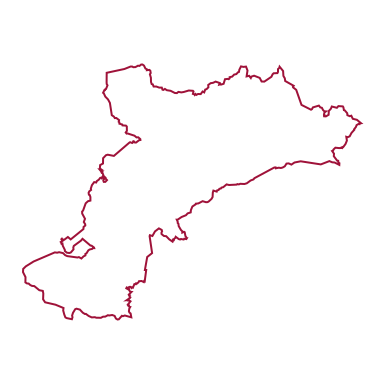 the district of Quimixtlán, Puebla, Mexico
{"feature_id": "50627088B34935710320898", "entity_name": "Quimixtlán", "entity_type": "district", "adm_level": 2, "iso_a3": "MEX", "parent_name": "Mexico", "parent_adm1": "Puebla", "projection": "orthographic", "projection_center": [-97.112, 19.243], "detail": "fine", "context": "isolated", "style": "outline", "palette": "rose", "viewbox_px": 384, "rotation_deg": 0, "n_neighbors": 0, "source": "geoboundaries", "source_scale": "gbopen_adm2", "svg_char_len": 5897}
<svg xmlns="http://www.w3.org/2000/svg" viewBox="0 0 384 384"><path d="M361.0,123.2L356.9,119.8L352.8,118.8L351.3,115.7L349.8,116.2L347.4,115.2L347.2,113.2L344.7,110.3L343.9,110.1L343.4,107.3L342.8,106.4L338.4,106.1L336.9,107.8L331.8,106.5L330.9,108.7L328.8,111.0L328.6,114.8L325.9,116.4L324.1,116.3L324.0,115.5L324.5,115.0L324.0,114.4L324.4,112.6L325.9,111.4L324.3,111.3L323.0,110.0L321.9,107.8L320.3,107.4L318.9,105.6L312.9,107.4L312.0,109.1L311.0,109.7L301.5,104.9L296.2,89.8L293.1,87.4L292.9,86.8L293.7,85.8L285.2,81.0L284.8,78.3L283.4,75.9L283.1,71.0L279.6,66.7L279.3,67.9L278.0,69.1L278.0,71.9L277.4,73.1L273.6,73.3L272.6,74.3L271.4,76.8L264.3,81.6L261.6,81.5L259.7,77.9L254.1,75.7L251.4,76.6L250.8,78.0L249.1,75.8L246.6,76.4L247.5,70.5L246.0,66.6L243.4,66.9L241.0,66.4L239.3,69.8L239.0,71.9L238.1,72.2L236.3,74.1L234.1,74.6L232.2,76.6L229.6,77.2L229.6,78.4L228.7,79.2L227.7,78.9L225.0,79.2L223.6,83.8L221.0,84.6L220.6,84.1L219.2,84.6L219.7,83.0L215.6,81.6L213.1,82.8L210.6,83.2L208.2,85.0L208.4,87.3L206.6,89.1L205.2,89.6L204.2,92.4L202.6,91.5L200.7,94.1L198.0,94.0L196.3,94.9L195.5,94.0L194.7,94.9L194.4,94.3L192.9,93.9L193.5,91.4L192.9,90.8L188.8,90.5L183.7,92.0L181.4,92.4L178.4,91.9L176.9,93.1L174.9,93.0L170.6,90.8L166.8,90.2L164.9,88.9L163.4,89.9L162.5,89.7L161.8,87.6L159.2,87.6L156.2,86.5L153.6,86.5L152.8,84.4L151.7,84.1L151.0,81.9L150.9,77.7L149.9,74.3L150.7,73.0L150.3,70.7L149.4,69.9L146.9,70.2L147.0,69.4L145.4,68.5L144.0,65.6L142.5,64.5L141.2,64.5L139.5,65.9L138.0,65.7L135.4,67.1L133.3,67.2L132.1,66.5L130.7,66.5L124.4,69.0L106.7,72.8L106.6,82.1L106.7,84.0L107.5,85.3L106.0,89.0L105.3,89.2L105.0,90.1L104.4,90.1L103.1,92.8L103.8,93.3L105.3,96.6L108.0,99.4L109.9,102.9L111.8,115.2L113.9,116.6L114.8,118.1L116.3,118.0L119.1,120.1L118.7,121.8L119.4,122.4L119.4,123.7L122.2,124.5L122.5,125.4L125.9,125.6L126.8,126.5L126.9,130.8L125.7,132.5L126.6,133.6L127.4,133.4L134.5,135.7L136.5,137.4L138.2,137.3L140.3,139.1L140.4,140.0L139.1,140.2L136.1,142.5L134.9,142.5L133.7,141.2L133.1,141.4L132.9,142.5L132.2,143.0L130.1,142.2L129.4,142.6L113.9,155.9L107.7,154.7L106.0,155.2L103.1,158.2L103.0,163.5L100.1,165.1L99.9,168.5L101.3,169.5L99.5,169.4L101.0,171.2L101.0,170.1L101.3,170.8L102.2,171.5L101.4,172.1L101.8,172.9L102.5,172.8L103.7,176.1L105.6,177.8L105.8,178.8L107.0,180.1L105.3,181.9L103.8,181.9L103.3,180.6L103.5,179.4L104.5,178.9L103.7,177.3L103.3,177.8L102.8,177.6L103.1,176.9L102.6,176.5L101.6,178.2L101.1,177.7L100.2,177.9L98.8,179.7L96.8,181.1L96.2,182.5L94.2,182.1L91.9,185.2L90.8,188.7L91.1,189.9L89.3,191.3L88.6,192.8L88.9,194.7L89.7,195.0L90.4,197.0L90.4,200.6L88.0,201.2L85.7,203.3L83.1,210.5L82.1,211.6L82.2,213.6L85.0,218.8L83.8,222.0L85.2,224.2L85.3,225.5L83.6,226.9L83.4,229.1L70.7,239.4L67.9,237.0L64.3,239.7L63.3,239.6L63.6,240.0L63.0,240.4L61.9,238.7L61.4,239.2L62.5,240.9L60.8,242.0L61.7,243.0L61.4,243.7L62.0,244.2L62.5,243.9L62.8,245.8L64.8,249.8L64.9,251.1L66.9,252.7L69.3,253.0L70.8,252.5L73.5,249.4L73.3,247.5L73.8,245.9L80.9,240.7L82.5,238.8L90.4,245.5L91.6,245.7L94.0,247.5L94.2,248.1L92.9,248.1L92.2,248.9L89.6,249.5L88.3,250.4L86.5,253.3L85.4,253.9L85.4,255.4L83.5,256.4L81.4,258.5L78.9,257.1L77.5,257.5L67.2,256.1L65.2,255.2L63.0,253.1L59.1,252.2L57.2,252.7L54.8,252.4L33.6,261.5L25.9,266.3L23.2,268.9L23.0,272.1L25.5,277.1L25.4,282.4L26.9,283.4L28.7,283.6L30.2,285.0L32.0,285.9L34.3,286.1L39.3,290.2L42.8,290.9L43.3,293.5L43.1,299.3L45.1,302.3L55.5,304.7L63.5,308.0L63.2,310.5L64.3,314.6L65.4,317.4L66.7,318.1L71.9,319.2L72.5,317.2L72.1,315.6L73.0,312.8L75.2,309.2L76.5,308.7L79.9,309.6L82.8,312.7L84.9,314.0L85.9,313.9L88.7,316.0L91.8,317.4L94.9,317.2L96.2,317.7L100.9,317.8L103.0,316.7L105.3,316.6L107.9,315.2L109.1,315.5L112.2,315.0L114.6,315.9L115.9,318.5L117.5,319.5L118.8,319.3L121.9,315.8L122.9,316.2L124.8,315.5L131.3,317.3L130.6,313.5L129.4,312.5L128.9,311.2L129.3,308.5L130.2,307.0L129.4,306.8L128.9,305.4L128.3,305.7L127.7,304.8L130.5,301.3L129.0,300.3L128.2,300.6L127.9,300.1L126.7,300.2L129.9,298.0L130.2,297.3L129.2,296.6L129.8,296.7L129.1,295.4L129.6,295.1L128.9,294.5L131.5,291.9L130.2,291.7L129.3,290.4L129.1,289.3L128.5,289.5L126.3,288.3L126.7,287.5L127.4,287.9L129.5,286.9L130.5,286.9L131.5,288.0L132.1,287.3L132.9,287.7L134.4,284.1L135.9,284.2L136.2,283.3L136.9,283.6L138.5,282.3L139.0,281.2L141.6,281.0L143.8,282.1L144.1,281.1L144.7,281.4L146.2,270.0L144.9,270.0L147.2,257.0L152.1,253.1L149.6,236.1L149.9,235.2L152.4,236.0L155.0,231.4L158.9,228.4L161.7,229.9L162.1,231.3L161.5,232.5L161.5,233.9L162.3,234.7L164.0,236.0L166.2,236.2L169.3,239.4L172.6,241.7L173.1,240.6L172.6,240.4L173.1,239.5L173.9,239.9L174.2,238.8L175.3,237.9L175.7,236.8L178.8,239.1L180.1,239.5L180.9,239.0L183.7,239.5L184.3,238.7L186.3,239.1L186.8,238.3L186.4,238.3L186.5,237.6L185.4,236.0L184.7,232.2L184.0,231.8L182.3,232.6L182.3,231.3L180.9,229.9L178.7,226.1L178.4,223.7L177.7,223.0L177.7,221.7L176.8,219.7L177.6,219.7L181.6,217.0L186.0,215.2L187.6,213.4L190.7,212.4L190.9,210.1L192.4,206.5L195.7,204.3L195.8,203.7L198.4,203.4L202.6,201.2L206.0,202.2L207.6,202.1L208.8,201.4L211.6,198.8L212.6,197.0L212.8,192.6L213.4,190.6L216.7,191.6L217.1,190.4L218.6,190.0L219.4,188.8L220.9,188.5L221.5,187.6L223.2,187.2L226.6,184.4L229.0,185.0L236.7,184.6L237.3,184.1L238.9,184.4L240.2,183.8L244.4,184.0L246.8,183.3L250.6,180.5L253.5,179.4L254.4,178.2L274.3,167.5L275.6,167.4L275.8,168.3L278.7,167.7L280.9,168.0L282.7,167.5L284.8,166.3L286.5,163.6L288.7,163.4L291.4,164.6L294.5,162.5L300.7,161.3L320.8,164.4L329.4,161.1L332.2,162.3L334.6,162.5L339.3,164.9L339.4,163.2L338.4,162.6L338.2,160.8L337.2,160.7L333.8,156.2L334.0,153.7L332.1,151.0L333.2,150.5L333.4,149.6L335.4,147.7L339.2,148.1L341.1,148.0L341.4,147.5L342.2,148.0L342.8,147.0L343.2,147.1L345.5,144.0L346.9,140.6L346.3,136.8L347.7,137.2L349.7,136.3L351.5,132.9L354.3,129.8L354.1,129.3L355.9,127.0L356.6,125.1L359.2,123.6L359.7,124.0L360.1,123.3L361.0,123.2Z" fill="none" stroke="#9f1239" stroke-width="2"/></svg>